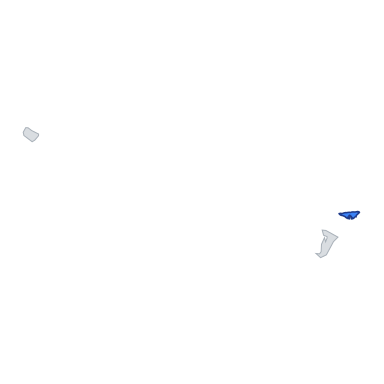 location of 'Eua Prope, Eua, Tonga, rotated 268°
{"feature_id": "48082658B54870744689581", "entity_name": "'Eua Prope", "entity_type": "district", "adm_level": 2, "iso_a3": "TON", "parent_name": "Tonga", "parent_adm1": "Eua", "projection": "natural_earth1", "projection_center": [-174.946, -21.37], "detail": "fine", "context": "in_parent", "style": "filled", "palette": "blue", "viewbox_px": 384, "rotation_deg": 268, "n_neighbors": 0, "source": "geoboundaries", "source_scale": "gbopen_adm2", "svg_char_len": 2433}
<svg xmlns="http://www.w3.org/2000/svg" viewBox="0 0 384 384"><g transform="rotate(268 192 192)"><path d="M141.3,325.4L142.7,325.4L144.2,322.0L149.4,320.8L148.9,324.4L141.8,336.3L137.4,331.6L124.5,324.1L121.9,318.2L126.2,313.8L125.7,317.3L127.9,319.0L135.2,319.6L141.7,322.8L137.6,323.8L141.3,325.4ZM259.0,33.9L255.3,40.7L253.6,40.6L249.3,36.7L247.8,34.0L254.3,26.0L257.6,25.4L262.1,28.1L261.9,30.4L259.0,33.9ZM165.5,340.5L164.9,357.8L160.2,349.9L159.7,346.2L164.5,340.9L165.5,340.5Z" fill="#d9dde1" stroke="#a8b0b8" stroke-width="1"/><path d="M159.7,348.5L160.6,348.4L160.5,347.8L160.5,347.3L161.0,347.2L161.4,347.1L161.4,347.3L161.4,347.5L161.4,348.0L161.5,348.2L161.9,348.1L162.6,348.0L162.7,348.4L162.8,348.4L163.0,348.4L163.0,348.5L163.3,348.8L163.2,349.0L162.9,349.3L162.4,349.5L162.3,349.8L162.2,349.8L162.3,349.9L162.3,350.0L162.1,350.3L161.9,350.4L161.7,350.4L161.3,350.4L159.5,350.7L159.5,350.8L159.6,351.1L159.7,351.3L159.8,351.5L159.7,351.7L159.8,351.9L159.9,352.0L160.0,352.0L159.9,352.1L159.9,352.3L160.0,352.5L160.2,352.8L160.3,352.8L160.5,353.0L161.0,353.6L161.1,353.8L161.3,354.0L161.5,354.3L161.7,354.7L162.0,355.1L161.9,355.2L162.9,355.4L163.7,356.4L164.6,357.4L165.5,358.3L165.9,358.6L166.1,358.5L166.4,358.0L166.6,357.6L166.3,356.9L166.7,356.7L166.6,356.2L166.6,355.8L166.5,355.4L166.3,354.8L166.4,354.2L166.3,353.4L166.5,352.4L166.5,351.9L166.4,351.3L166.4,350.8L166.2,350.2L166.0,349.5L166.1,349.0L166.3,348.4L166.2,348.1L166.2,347.5L166.1,346.8L166.1,346.6L166.1,346.2L166.0,345.9L165.9,345.6L165.9,345.3L166.0,345.1L166.1,344.9L166.0,344.7L166.0,344.4L165.9,343.7L165.8,343.3L165.7,342.8L165.5,342.4L165.3,341.8L165.3,341.4L165.2,341.0L165.1,340.9L165.1,340.6L165.2,340.4L165.4,340.2L165.5,339.9L165.5,339.7L165.5,339.4L165.4,339.1L165.4,338.7L165.3,338.3L164.9,338.4L164.7,338.6L164.4,338.9L164.1,339.2L163.8,339.6L163.7,339.8L163.6,340.0L163.5,340.3L163.5,340.6L163.4,340.7L163.4,340.8L163.3,341.0L163.2,341.2L163.2,341.3L163.2,341.6L163.1,341.8L163.0,342.2L162.9,342.4L162.8,342.6L162.7,342.8L162.6,343.0L162.4,343.5L162.3,343.8L161.9,344.3L161.8,344.5L161.7,344.5L161.4,344.7L161.4,344.8L161.4,345.0L161.5,345.0L161.4,345.0L161.2,345.0L161.1,345.3L161.0,345.5L160.9,345.5L160.7,345.8L160.6,346.0L160.3,346.6L160.2,346.9L160.2,347.0L160.1,347.3L160.0,347.5L159.9,347.7L159.9,347.9L159.8,348.0L159.7,348.2L159.7,348.3L159.7,348.5L159.7,348.5Z" fill="#3b82f6" stroke="#1e3a8a" stroke-width="1.5"/></g></svg>